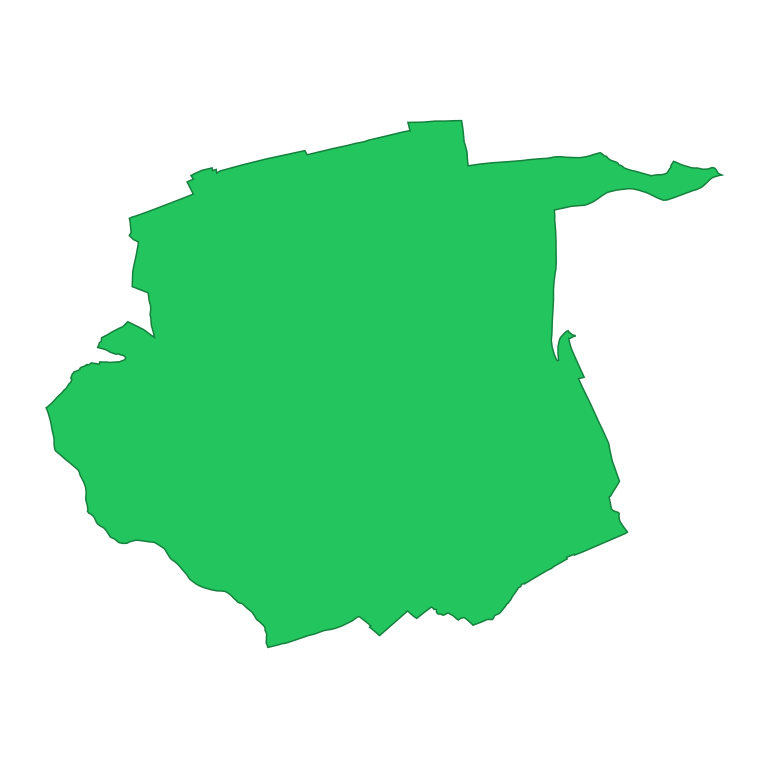 the district of Vulturesti, Vaslui, Romania
{"feature_id": "2599482B20293343486233", "entity_name": "Vulturesti", "entity_type": "district", "adm_level": 2, "iso_a3": "ROU", "parent_name": "Romania", "parent_adm1": "Vaslui", "projection": "robinson", "projection_center": [27.534, 46.797], "detail": "fine", "context": "isolated", "style": "filled", "palette": "green", "viewbox_px": 768, "rotation_deg": 0, "n_neighbors": 0, "source": "geoboundaries", "source_scale": "gbopen_adm2", "svg_char_len": 6050}
<svg xmlns="http://www.w3.org/2000/svg" viewBox="0 0 768 768"><path d="M567.2,558.9L566.5,557.3L574.2,554.4L574.5,555.1L582.2,552.1L625.3,533.5L627.5,532.0L624.1,527.6L621.5,523.8L619.9,521.1L619.5,519.7L619.0,516.5L619.0,514.8L619.3,513.5L618.1,512.4L614.8,511.3L612.7,510.3L611.4,508.8L609.1,496.8L610.7,496.0L612.4,492.8L615.9,487.4L618.9,482.4L619.5,481.1L616.5,473.0L614.5,467.0L612.3,461.2L609.9,450.2L608.7,443.4L602.8,430.3L599.2,422.9L590.8,404.5L582.1,386.6L578.5,378.7L584.2,377.3L577.8,363.3L571.5,349.1L569.8,343.5L568.8,338.4L570.1,338.3L573.7,336.5L575.2,336.1L575.1,335.5L572.5,334.9L570.2,333.1L569.7,332.3L568.9,332.4L568.2,330.7L566.8,331.2L565.1,332.5L560.7,337.2L559.8,339.0L558.9,342.2L558.0,347.0L558.0,353.6L558.4,357.5L558.5,360.4L557.0,360.6L556.8,360.3L554.2,354.4L552.1,346.7L551.3,340.1L551.9,333.6L552.3,320.9L553.5,300.1L553.5,289.8L554.1,280.6L554.7,277.0L554.7,275.6L555.0,274.8L555.1,273.1L555.8,269.9L556.2,262.7L556.0,241.0L555.6,230.6L554.7,219.9L554.8,215.5L554.3,210.0L571.4,206.3L584.5,205.2L587.3,204.4L592.2,202.3L598.1,198.6L601.5,196.0L607.0,192.6L609.9,191.7L617.0,190.0L628.6,188.7L633.3,188.9L639.9,190.5L641.5,191.1L646.4,192.5L657.9,198.1L663.3,200.2L666.8,200.0L672.7,198.1L693.2,190.5L696.0,189.8L700.4,187.9L702.3,186.7L704.1,185.2L710.8,178.8L713.0,177.4L715.6,176.5L719.3,175.5L721.9,175.0L719.6,174.0L718.3,173.2L717.6,172.4L716.5,170.3L715.2,168.6L714.0,167.9L712.6,167.6L710.9,167.9L708.9,168.8L706.6,169.1L703.6,169.2L701.7,169.0L698.9,168.3L696.1,167.9L695.1,168.1L691.3,167.7L683.5,165.4L681.2,164.6L674.6,161.6L673.6,161.3L671.0,165.4L670.7,167.6L669.3,169.3L667.2,172.8L664.8,174.0L661.7,174.7L658.7,174.7L655.4,175.0L650.8,175.8L650.5,175.5L642.9,173.4L634.5,171.0L631.3,170.4L628.0,169.4L624.4,168.0L622.0,166.1L621.0,165.5L619.1,165.0L617.8,163.1L616.2,162.1L611.4,160.5L609.6,159.5L608.3,158.5L606.5,156.4L604.5,155.9L601.5,153.4L600.1,152.7L594.4,154.3L590.1,155.7L586.4,156.6L582.0,157.4L578.1,157.7L566.8,157.3L561.0,156.7L554.7,156.9L547.6,158.3L541.9,158.6L534.4,159.2L528.8,159.7L521.8,160.6L507.7,161.7L491.9,162.8L480.5,164.0L468.1,165.8L467.4,159.0L467.0,152.0L465.0,144.2L464.2,142.5L463.3,132.7L462.7,127.6L461.6,120.6L455.2,120.7L444.0,121.1L434.9,121.1L422.4,122.2L407.9,122.4L410.1,130.9L409.3,130.7L402.9,132.0L368.8,140.1L366.1,141.0L364.6,141.6L354.7,143.6L347.6,145.4L332.8,148.6L307.1,154.8L304.9,150.6L266.0,159.0L242.7,164.8L220.3,170.9L216.7,173.1L216.2,169.4L212.6,170.7L212.1,167.9L202.0,170.3L194.3,173.8L190.9,175.6L193.5,179.1L187.1,181.9L193.3,194.1L182.8,198.3L152.4,210.0L137.0,215.6L131.8,217.2L129.3,218.4L129.5,219.0L130.2,222.6L131.1,232.6L129.3,235.4L129.5,235.9L132.2,238.3L133.3,239.5L138.4,242.0L138.1,244.8L136.1,255.6L133.5,267.5L132.7,272.0L132.2,286.6L148.2,292.9L149.1,300.5L150.6,306.0L150.7,309.2L150.1,314.7L150.9,318.4L151.3,325.2L153.3,332.0L154.4,337.4L150.1,334.4L143.7,329.6L127.8,321.7L122.6,326.9L120.7,327.5L111.7,332.1L107.4,334.8L101.6,337.7L101.2,341.4L99.4,342.7L98.6,345.5L97.6,347.0L97.7,347.5L101.6,348.5L105.1,349.5L107.6,350.6L109.4,351.8L112.8,353.2L114.8,353.9L116.6,354.2L118.6,353.8L119.1,354.2L120.5,354.8L122.6,355.3L124.3,356.0L125.6,357.6L125.4,358.9L124.8,359.7L119.1,361.9L117.2,361.9L110.9,362.4L108.2,362.3L106.8,362.0L104.1,362.1L99.7,361.9L99.3,364.1L91.3,362.9L89.1,364.7L86.8,364.6L86.8,365.2L86.0,365.1L84.8,366.0L81.3,367.2L79.9,368.4L79.8,369.7L77.2,370.6L76.2,371.3L74.1,371.8L74.0,372.5L72.5,373.6L71.0,377.4L70.9,378.5L71.9,379.3L70.6,382.6L69.3,383.4L66.3,388.2L63.8,390.4L62.5,392.1L57.2,397.2L52.0,402.9L47.2,407.1L46.1,407.8L47.8,411.9L48.7,414.7L50.1,419.7L51.1,424.2L52.1,430.1L53.8,437.3L54.1,439.6L54.1,444.1L54.3,446.6L54.8,449.3L55.3,450.4L56.1,451.4L59.0,453.7L66.5,460.3L69.6,462.7L75.2,467.4L77.7,469.6L78.8,471.0L79.4,472.4L80.0,475.0L83.8,482.3L85.4,486.8L86.0,490.2L86.1,493.9L85.7,498.6L86.0,500.7L87.3,505.5L87.6,507.7L87.9,509.8L87.5,511.1L87.8,511.8L88.8,513.1L91.2,514.3L92.7,515.7L93.9,517.0L95.0,519.0L96.2,521.9L97.6,524.0L101.1,526.6L102.8,527.2L104.2,528.4L105.1,529.3L106.2,530.7L108.7,534.3L109.6,536.1L110.0,536.6L111.5,537.7L113.3,538.4L114.8,539.2L118.1,542.0L119.2,542.7L122.8,543.4L125.8,543.4L127.6,543.0L129.3,542.0L131.4,541.3L134.4,540.5L137.3,540.2L142.2,540.8L148.3,541.7L153.8,542.3L155.6,543.0L164.1,548.4L165.4,550.1L166.8,552.7L170.1,557.9L171.7,559.6L174.6,561.5L177.0,563.6L179.3,565.9L183.3,570.7L187.0,574.8L188.4,577.3L190.1,579.5L193.0,581.7L196.6,584.3L199.4,585.8L203.5,587.5L211.0,589.7L216.6,590.8L221.4,591.0L224.5,591.3L227.3,592.5L231.1,595.4L233.5,598.0L235.1,599.6L236.0,600.2L237.5,601.9L238.2,602.4L240.1,603.2L241.5,603.2L244.1,605.3L246.3,607.5L251.7,611.9L252.7,612.8L253.3,614.2L254.8,616.2L255.6,617.9L256.6,619.5L259.4,621.6L263.1,625.1L264.7,627.0L265.0,627.9L265.1,630.4L266.5,633.5L266.7,635.0L266.3,638.3L266.6,639.3L266.4,639.6L266.2,642.2L266.5,643.7L267.6,646.2L267.9,647.4L278.6,644.8L283.1,643.4L284.4,643.5L288.0,642.5L308.2,635.6L313.2,634.4L316.4,633.4L323.2,630.8L327.5,629.9L330.0,629.6L334.3,628.6L337.8,627.5L342.4,625.7L352.1,620.9L356.7,617.6L357.9,616.9L359.4,616.7L369.0,624.2L369.5,625.0L370.8,625.8L369.5,627.2L371.5,628.7L377.4,633.6L379.1,635.4L379.8,635.4L407.6,611.0L413.4,616.1L416.7,618.4L425.4,611.5L431.5,607.0L433.1,608.2L433.8,609.0L433.9,609.5L435.7,609.2L436.5,609.9L436.5,612.4L437.5,613.5L438.2,614.0L441.1,614.2L442.8,615.2L443.4,615.2L444.4,614.8L447.7,613.1L448.8,613.1L449.8,614.0L452.7,615.4L457.2,619.3L458.3,620.0L460.8,618.2L462.4,618.0L463.9,617.5L466.0,618.8L470.3,622.5L473.1,625.3L473.7,624.9L480.8,622.3L487.2,619.5L488.6,619.4L491.4,619.6L492.3,619.5L493.4,618.3L494.6,615.8L495.1,615.3L498.6,613.8L499.7,613.1L500.3,612.5L505.2,606.6L507.1,603.6L507.7,603.6L508.5,602.8L509.1,601.7L510.8,599.7L512.2,596.9L516.2,591.3L518.5,587.7L520.0,587.0L520.8,586.3L521.2,585.1L522.0,584.0L524.8,583.8L524.9,583.3L524.8,583.0L525.0,582.8L525.6,583.0L526.3,582.9L529.4,580.9L546.7,570.7L551.6,568.3L553.0,567.1L555.2,565.7L567.2,558.9Z" fill="#22c55e" stroke="#15803d" stroke-width="1.5"/></svg>